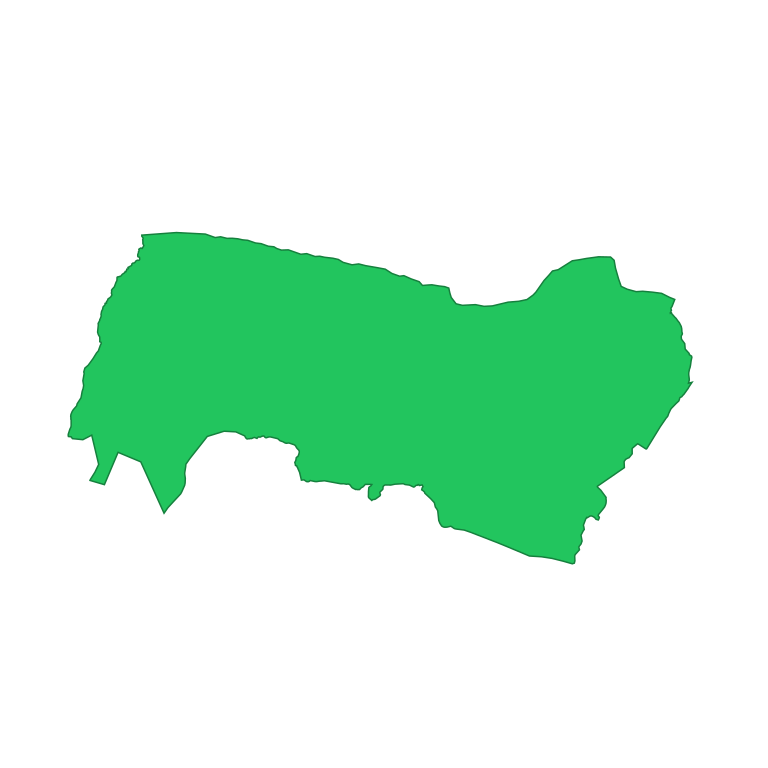 the district of Achiase, Eastern, Ghana, rotated 19°
{"feature_id": "2480657B77450065295387", "entity_name": "Achiase", "entity_type": "district", "adm_level": 2, "iso_a3": "GHA", "parent_name": "Ghana", "parent_adm1": "Eastern", "projection": "robinson", "projection_center": [-1.045, 5.794], "detail": "fine", "context": "isolated", "style": "filled", "palette": "green", "viewbox_px": 768, "rotation_deg": 19, "n_neighbors": 0, "source": "geoboundaries", "source_scale": "gbopen_adm2", "svg_char_len": 6114}
<svg xmlns="http://www.w3.org/2000/svg" viewBox="0 0 768 768"><g transform="rotate(19 384 384)"><path d="M622.8,477.1L621.5,475.2L621.3,474.2L622.4,471.1L622.4,468.0L619.5,462.8L620.2,457.9L620.7,456.4L619.6,454.3L618.6,452.7L618.5,452.1L618.7,445.8L619.1,444.3L619.5,444.5L621.8,441.8L623.0,441.2L625.0,441.3L626.8,441.8L628.5,442.9L630.9,442.8L631.1,441.4L631.0,439.9L629.4,438.9L629.3,437.6L631.8,430.9L632.6,428.4L632.8,426.1L632.7,424.3L632.1,422.0L631.1,419.8L630.9,418.9L623.5,413.8L619.6,412.1L619.0,411.3L638.5,384.8L636.4,379.5L636.4,378.6L637.0,376.6L638.4,375.0L639.7,373.9L641.4,369.2L639.6,364.1L643.2,358.0L644.5,358.1L652.6,360.1L653.1,360.1L653.5,359.6L659.1,334.5L661.9,324.3L662.6,322.7L662.8,321.8L662.8,319.0L663.3,314.7L663.7,313.4L666.6,307.2L668.1,304.4L668.3,304.0L668.3,302.4L668.2,300.8L668.4,300.3L669.6,299.2L670.3,297.3L670.9,296.2L673.0,289.2L673.3,287.4L674.7,282.1L671.6,284.1L671.4,281.2L671.1,280.1L669.2,276.2L668.5,274.2L668.0,270.6L668.0,268.6L667.7,266.4L666.8,261.9L666.4,258.5L665.7,257.5L663.1,256.8L662.5,255.7L657.4,252.9L655.2,247.9L650.7,244.8L649.6,242.5L649.5,241.7L649.8,239.7L649.7,239.2L648.7,237.7L647.5,234.8L646.3,232.8L643.3,229.9L641.2,228.6L638.7,226.8L637.5,226.3L632.8,223.6L632.6,223.1L632.2,223.2L631.7,223.8L631.5,223.4L631.9,222.5L631.5,221.6L631.8,220.8L630.8,219.3L630.6,218.8L631.1,217.0L631.4,209.4L625.7,209.1L617.0,207.9L608.2,209.7L598.4,212.1L592.4,214.6L583.1,215.2L576.5,214.5L571.6,208.3L565.1,199.0L561.3,192.1L556.9,190.2L545.4,193.9L534.5,199.4L527.9,203.1L521.9,206.2L511.5,219.2L506.5,222.3L504.3,227.9L501.6,234.1L497.7,247.7L496.0,251.4L491.7,257.6L484.5,261.9L474.7,266.2L461.0,274.9L453.3,278.0L444.6,279.2L432.5,284.1L426.0,284.7L419.4,280.3L416.7,276.6L414.0,272.2L409.6,272.2L404.1,273.4L397.0,274.6L393.8,275.9L388.3,278.3L383.9,275.8L375.7,275.8L367.5,275.1L363.7,277.0L355.5,276.9L347.8,275.0L339.1,276.3L328.1,278.1L321.0,278.7L315.0,281.7L305.7,282.3L300.3,281.1L294.8,281.7L286.6,283.5L281.7,284.1L277.3,285.9L268.5,285.9L263.1,288.4L249.9,288.3L243.4,290.8L238.5,290.8L235.2,290.1L229.7,291.4L222.1,291.3L216.6,292.5L208.4,292.5L203.5,293.7L198.5,294.3L193.1,295.6L188.1,297.4L181.6,298.0L176.7,300.5L166.3,300.4L138.4,308.4L106.5,322.1L107.1,323.4L108.0,323.7L108.7,324.5L108.9,324.9L108.8,325.9L109.0,326.5L109.6,327.3L109.7,328.3L110.3,329.2L110.3,329.8L111.9,331.3L111.3,334.5L111.1,334.7L109.9,334.5L108.5,336.0L108.4,336.7L108.9,337.2L109.0,337.7L108.8,339.1L109.0,339.3L109.1,340.0L109.0,341.5L109.3,342.7L109.6,343.4L110.0,343.8L111.5,343.8L111.7,344.0L112.4,345.5L112.4,346.2L112.2,346.7L111.7,347.0L110.8,347.1L109.9,347.8L109.2,348.8L109.0,350.1L108.0,351.2L107.3,351.3L106.5,352.6L106.8,353.8L106.6,354.3L104.0,357.1L104.6,357.6L104.7,357.9L104.5,358.4L103.4,359.2L103.6,360.6L103.4,361.1L103.5,361.8L103.2,362.1L102.7,362.0L102.4,363.4L100.8,365.5L100.3,367.0L99.8,367.9L99.5,368.2L99.0,368.3L97.8,369.3L97.5,369.3L96.9,369.9L96.9,370.2L97.8,373.1L97.5,375.2L97.4,379.9L96.1,382.9L95.9,383.9L96.0,384.4L96.5,385.5L96.6,386.8L97.4,387.8L97.7,388.3L97.7,388.7L97.3,390.5L96.6,391.8L95.6,393.0L95.3,393.7L95.4,395.2L94.8,396.3L95.3,397.9L95.1,398.1L94.6,398.0L94.0,398.6L94.4,399.6L94.3,400.3L93.3,402.5L93.6,405.1L93.3,407.2L93.8,410.5L94.3,411.3L94.5,412.0L94.5,413.9L94.3,415.7L94.5,416.7L94.0,419.8L94.7,421.4L96.3,428.2L97.8,430.3L99.9,432.1L101.0,434.9L101.4,436.4L101.8,436.7L102.6,436.6L103.0,436.8L103.4,437.6L103.4,438.4L103.2,439.6L103.1,445.8L102.1,448.2L100.6,454.8L98.2,462.6L96.0,466.3L96.2,470.3L97.1,471.8L98.2,478.9L100.5,483.2L101.0,486.3L101.0,489.1L102.0,495.7L100.3,502.7L100.5,504.4L100.4,505.1L98.6,509.4L98.1,511.5L97.9,514.6L98.3,516.6L98.9,517.7L99.4,519.3L99.8,519.6L101.7,525.1L102.0,526.8L101.7,529.0L101.8,534.3L102.2,535.6L102.7,536.4L105.4,535.8L107.2,537.1L117.4,534.7L124.3,527.5L140.4,552.9L139.4,561.5L137.4,570.1L137.4,570.9L152.4,570.2L154.8,535.2L179.4,536.8L218.1,577.8L220.0,571.1L227.5,554.1L227.9,551.9L228.1,549.6L228.5,544.7L228.2,542.4L226.9,538.0L224.8,533.8L224.4,532.3L223.4,526.7L222.8,524.4L224.7,517.7L234.0,491.1L248.2,480.7L259.5,477.5L269.1,478.4L269.6,478.8L270.6,479.8L271.9,480.5L272.6,480.5L273.9,479.8L274.6,479.6L275.7,478.9L276.6,478.7L277.7,477.6L278.8,476.7L281.6,476.8L282.3,475.2L282.8,474.7L283.8,474.7L284.6,474.3L285.3,473.4L286.6,472.5L287.7,472.4L288.9,473.2L289.8,473.3L290.5,473.0L291.7,472.0L292.7,471.4L294.0,471.0L301.3,470.3L304.2,471.5L307.6,471.5L309.1,471.9L310.8,471.9L313.1,470.8L313.9,470.7L319.3,470.7L320.8,471.5L321.9,472.6L323.0,473.3L325.1,474.4L325.8,475.2L326.2,476.6L326.3,478.3L326.2,480.5L325.6,481.1L325.0,482.3L325.3,483.7L325.5,485.1L325.2,487.2L326.3,488.8L326.6,489.6L326.9,489.9L328.0,489.7L328.7,490.6L329.9,491.6L330.2,492.1L333.0,495.1L337.2,501.8L339.0,500.9L339.7,500.7L342.4,501.5L343.5,501.3L344.3,501.0L345.2,500.2L345.6,499.3L350.6,498.7L352.2,498.2L354.6,496.9L356.8,496.0L359.1,494.9L375.7,492.4L378.4,491.4L381.1,491.0L382.7,490.2L383.5,490.2L384.4,490.3L387.4,492.3L388.5,492.6L391.5,493.0L391.7,492.8L392.3,492.6L393.1,492.6L394.0,492.1L394.7,492.1L395.3,491.7L396.4,489.3L397.3,488.5L397.8,487.8L399.0,485.0L403.8,483.3L405.2,483.0L404.8,484.5L403.6,486.2L403.4,486.9L404.3,490.6L405.3,493.6L405.8,495.3L406.3,496.2L407.2,496.8L410.4,498.1L410.8,497.2L411.2,496.9L412.4,496.3L413.4,495.6L416.6,491.0L416.7,489.9L415.5,488.3L415.3,487.7L417.1,484.1L417.1,483.5L416.6,481.6L416.6,481.0L417.0,480.1L417.9,479.1L423.4,477.3L427.1,475.1L434.7,472.0L436.6,472.2L441.0,471.3L445.3,471.8L445.8,471.7L446.4,471.1L447.0,469.9L447.4,469.3L448.4,469.0L448.9,468.0L449.5,467.8L450.2,468.5L450.5,468.5L452.9,467.0L454.3,468.3L453.9,469.9L454.1,471.8L455.4,472.1L457.4,472.9L458.2,474.0L465.4,477.2L470.2,479.8L472.6,483.6L474.5,484.9L476.1,486.4L480.2,495.2L482.2,497.5L484.7,499.5L486.3,499.8L487.5,499.8L488.5,499.5L490.2,498.8L493.5,496.7L497.6,497.8L499.1,497.7L507.4,496.0L509.5,496.0L513.7,496.0L543.1,497.1L553.5,497.7L577.5,499.3L589.1,496.1L599.6,494.2L611.1,493.2L620.6,492.7L622.3,491.4L622.1,489.1L620.3,484.5L620.3,483.1L622.8,477.1Z" fill="#22c55e" stroke="#15803d" stroke-width="1.5"/></g></svg>